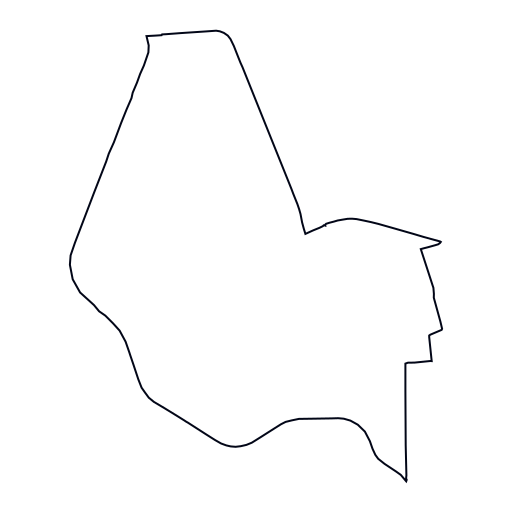 outline of Agege, Lagos, Nigeria
{"feature_id": "59680162B37327775180775", "entity_name": "Agege", "entity_type": "district", "adm_level": 2, "iso_a3": "NGA", "parent_name": "Nigeria", "parent_adm1": "Lagos", "projection": "albers", "projection_center": [3.32, 6.625], "detail": "fine", "context": "isolated", "style": "outline", "palette": "ink", "viewbox_px": 512, "rotation_deg": 0, "n_neighbors": 0, "source": "geoboundaries", "source_scale": "gbopen_adm2", "svg_char_len": 1931}
<svg xmlns="http://www.w3.org/2000/svg" viewBox="0 0 512 512"><path d="M240.7,446.2L246.4,444.9L251.8,442.7L260.6,437.2L274.1,428.6L280.9,424.3L285.6,421.9L291.7,420.4L298.9,418.9L312.5,418.7L331.4,418.4L338.2,418.2L343.8,418.7L350.4,420.6L357.8,424.7L364.9,431.6L369.9,441.2L372.5,448.7L375.3,454.8L378.2,458.8L384.6,463.9L395.9,471.4L400.8,474.9L406.2,481.3L406.5,480.5L406.7,479.8L406.1,478.4L406.4,475.4L405.7,445.2L405.4,391.0L405.4,375.2L405.4,363.6L407.9,362.7L414.5,362.6L430.4,361.0L431.7,361.1L431.4,358.4L429.2,337.2L429.2,335.5L430.3,334.7L436.4,332.1L441.6,329.9L442.1,328.8L440.4,321.6L433.8,297.7L433.9,293.9L433.4,287.8L432.5,285.1L429.3,275.2L422.3,253.7L420.8,249.1L424.1,248.2L427.7,247.3L435.6,245.1L438.2,244.3L440.0,243.0L440.8,241.9L440.2,241.5L423.8,237.0L413.4,233.9L409.2,232.7L395.6,228.8L378.3,223.9L371.0,222.1L364.0,220.6L356.6,219.1L351.9,218.7L347.7,218.8L342.8,219.6L337.6,220.5L333.9,221.6L329.6,222.7L326.1,223.8L325.8,224.1L325.2,224.7L325.3,225.6L325.0,225.5L323.7,225.3L322.8,226.2L319.5,227.8L313.1,230.4L305.4,233.9L303.8,228.7L302.1,222.4L300.5,214.0L299.1,209.1L297.4,204.1L293.3,193.9L291.5,189.1L289.7,184.6L263.5,119.5L242.5,67.2L240.5,62.8L238.7,58.3L236.6,53.0L233.9,46.1L230.5,39.1L227.8,35.6L223.9,32.9L219.8,31.3L216.1,30.7L206.3,31.4L180.6,33.1L166.0,34.2L162.1,34.4L161.6,35.2L155.4,35.6L146.5,36.1L148.7,45.4L148.4,52.4L143.9,65.5L140.1,74.0L137.0,82.6L132.7,92.7L131.5,98.1L126.5,109.6L121.2,122.8L113.9,142.3L108.8,153.6L106.2,161.5L94.2,192.3L74.9,242.9L70.6,255.4L69.9,264.8L72.7,279.3L80.1,292.5L94.0,305.1L99.1,311.3L105.3,315.6L112.9,323.2L119.6,330.6L125.6,341.7L129.4,352.6L130.2,355.1L133.5,364.8L138.3,379.3L141.6,387.7L144.9,392.4L148.8,397.7L153.9,401.9L164.7,408.3L166.3,409.3L177.7,416.3L184.1,420.3L186.5,421.9L187.5,422.4L206.0,434.3L215.0,440.0L221.1,443.5L226.3,445.4L230.6,446.4L235.6,446.8L240.7,446.2Z" fill="none" stroke="#020617" stroke-width="2"/></svg>